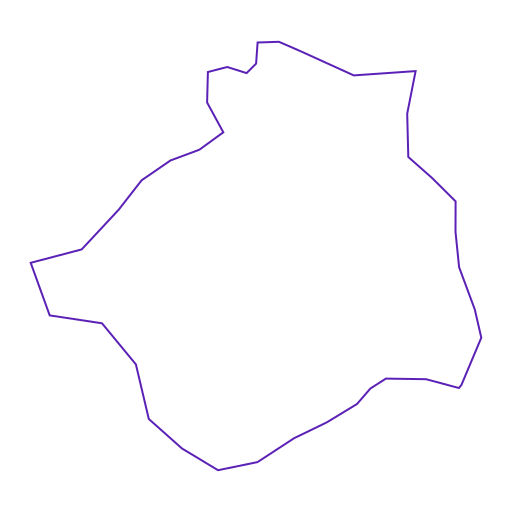 map outline of Masallı (Albers equal-area conic projection)
{"feature_id": "AZE-1708", "entity_name": "Masallı", "entity_type": "District", "adm_level": 1, "iso_a3": "AZE", "parent_name": "Azerbaijan", "parent_adm1": "", "projection": "albers", "projection_center": [48.733, 38.991], "detail": "fine", "context": "isolated", "style": "outline", "palette": "violet", "viewbox_px": 512, "rotation_deg": 0, "n_neighbors": 0, "source": "natural_earth", "source_scale": "10m", "svg_char_len": 607}
<svg xmlns="http://www.w3.org/2000/svg" viewBox="0 0 512 512"><path d="M481.3,337.7L461.4,385.0L458.9,388.0L426.0,379.2L385.9,378.6L370.4,388.5L357.0,404.0L326.9,422.3L294.1,438.2L257.5,462.1L218.0,470.2L182.0,448.5L148.8,419.0L135.9,364.4L102.0,323.3L49.7,315.4L30.7,262.8L81.7,249.4L118.7,209.7L141.6,180.3L170.4,160.5L199.4,149.7L223.3,132.3L207.1,102.5L207.9,72.0L227.2,67.0L246.6,73.1L256.1,63.6L257.6,42.5L278.9,41.8L299.4,50.7L353.8,75.4L415.6,71.1L407.2,113.7L408.3,157.0L432.3,178.2L455.6,201.4L455.5,231.9L459.1,267.2L474.8,309.5L481.3,337.7Z" fill="none" stroke="#5b21b6" stroke-width="2"/></svg>